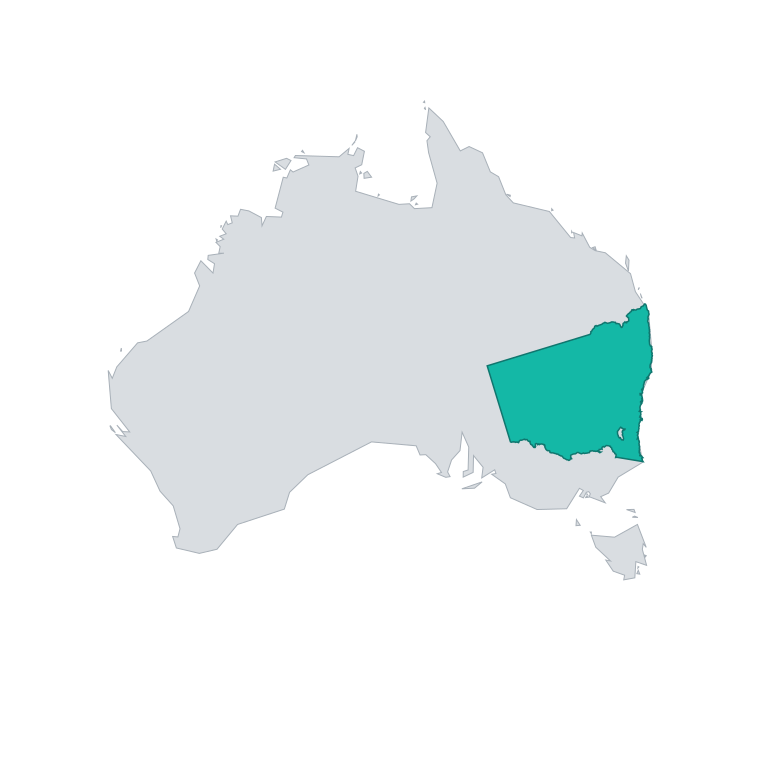 location of New South Wales within Australia, rotated 343°
{"feature_id": "AUS-2654", "entity_name": "New South Wales", "entity_type": "State", "adm_level": 1, "iso_a3": "AUS", "parent_name": "Australia", "parent_adm1": "", "projection": "mercator", "projection_center": [149.115, -32.83], "detail": "fine", "context": "in_parent", "style": "filled", "palette": "teal", "viewbox_px": 768, "rotation_deg": 343, "n_neighbors": 0, "source": "natural_earth", "source_scale": "10m", "svg_char_len": 9808}
<svg xmlns="http://www.w3.org/2000/svg" viewBox="0 0 768 768"><g transform="rotate(343 384 384)"><path d="M517.4,150.3L525.1,183.4L534.8,181.8L545.8,191.7L547.7,212.2L554.2,219.3L555.8,238.6L560.6,248.6L592.6,267.4L605.3,298.5L609.0,300.1L609.6,294.6L616.6,300.2L617.7,297.5L620.7,313.4L624.9,318.2L634.0,323.2L652.0,350.6L651.4,369.2L658.1,391.7L649.0,434.8L642.6,450.7L626.7,469.1L612.0,506.0L608.4,534.5L580.7,541.5L566.9,554.0L558.3,555.1L560.8,562.3L547.3,551.8L549.2,549.3L548.3,546.8L545.9,546.7L541.4,551.2L538.1,548.4L543.5,544.1L540.4,540.9L522.2,556.7L493.7,548.8L471.6,529.7L470.8,515.0L460.6,501.8L464.9,502.3L464.8,498.4L450.0,502.4L454.4,492.6L448.7,478.6L443.4,494.6L432.5,496.2L434.2,490.9L439.3,490.8L446.6,469.1L444.6,452.9L437.2,469.9L426.4,476.4L419.1,486.7L420.1,491.9L415.8,491.3L408.7,485.4L413.1,485.4L410.0,475.2L403.3,463.8L397.7,462.4L396.7,452.5L355.1,435.7L284.6,448.5L262.0,460.0L252.1,474.5L202.9,475.5L176.0,493.2L157.9,492.0L137.5,480.1L137.3,468.0L142.2,470.0L146.6,462.8L146.8,438.9L138.5,421.0L135.5,399.0L112.9,353.9L121.7,358.7L116.5,345.2L120.2,353.1L126.8,355.5L116.1,327.8L124.2,290.4L125.8,299.1L133.5,289.5L160.4,272.6L169.8,273.6L218.3,257.5L236.4,236.3L235.3,222.5L244.9,212.6L252.9,227.9L257.1,219.4L251.9,213.4L253.5,209.6L269.2,212.1L264.2,210.7L267.5,204.7L264.7,199.4L273.1,198.7L270.1,194.7L277.0,194.2L274.6,188.5L280.7,182.1L281.2,185.9L286.0,185.5L286.4,178.3L293.4,180.8L297.9,175.0L305.4,179.0L315.4,189.0L313.6,197.1L320.5,189.4L334.7,194.4L337.6,190.1L331.3,184.0L348.1,156.8L351.3,158.6L357.1,151.8L359.0,154.7L376.2,152.6L375.7,146.1L364.2,141.3L366.1,139.6L407.5,153.6L419.5,148.5L416.6,153.8L421.7,156.7L427.8,150.3L433.3,155.7L426.8,167.8L419.6,168.9L419.9,177.7L413.2,191.4L450.8,216.6L461.1,219.1L464.4,225.2L481.4,229.4L493.5,207.5L494.3,175.8L496.2,163.9L500.5,161.1L497.3,155.7L507.6,133.1L517.4,150.3ZM538.1,589.2L559.7,597.9L585.3,592.4L587.0,616.9L585.2,612.5L582.7,617.7L582.1,634.2L572.9,627.5L567.2,642.7L556.0,641.4L558.2,637.2L548.5,630.0L544.6,617.2L548.9,619.5L538.8,602.0L538.1,589.2ZM344.8,139.8L356.8,139.7L360.4,143.1L352.5,149.9L344.8,139.8ZM427.8,507.0L449.2,506.3L440.1,510.1L427.8,507.0ZM430.2,175.8L432.6,182.6L425.1,181.5L426.3,176.7L430.2,175.8ZM650.8,347.4L650.3,339.1L653.2,332.2L654.5,337.2L650.8,347.4ZM579.2,575.0L586.4,577.0L586.6,580.3L579.2,575.0ZM343.6,141.8L347.8,148.4L340.2,148.0L343.6,141.8ZM530.3,576.5L526.2,575.6L528.4,569.9L530.3,576.5ZM470.4,213.7L466.8,215.8L463.2,216.9L465.0,213.1L470.4,213.7ZM112.9,352.0L110.0,347.9L109.7,344.1L110.2,344.0L112.9,352.0ZM585.0,583.6L587.8,585.9L582.5,584.0L585.0,583.6ZM623.3,314.5L626.0,314.5L626.0,318.1L623.3,314.5ZM556.7,238.3L560.0,240.4L559.4,241.6L556.7,238.3ZM572.7,636.5L573.0,640.6L570.3,639.3L572.7,636.5ZM655.6,372.4L655.9,377.0L655.5,376.9L655.6,372.4ZM375.1,139.5L373.1,137.6L374.4,136.7L375.1,139.5ZM430.6,139.8L427.7,143.2L431.1,137.3L430.6,139.8ZM656.1,366.8L654.7,368.3L655.6,366.7L656.1,366.8ZM434.9,201.8L433.3,202.5L434.2,200.8L434.9,201.8ZM424.3,175.7L422.2,176.0L423.5,173.9L424.3,175.7ZM143.3,272.8L142.6,275.7L141.7,275.5L143.3,272.8ZM504.1,131.5L504.0,133.9L503.2,132.2L504.1,131.5ZM545.9,548.0L546.4,549.8L545.7,549.3L545.9,548.0ZM426.9,144.1L423.0,146.4L427.0,143.5L426.9,144.1ZM274.9,185.2L273.5,186.8L274.4,184.9L274.9,185.2ZM574.2,633.5L572.9,634.3L573.6,632.8L574.2,633.5ZM468.7,221.9L466.5,221.8L467.7,220.4L468.7,221.9ZM266.9,197.5L265.8,198.4L265.8,196.2L266.9,197.5ZM584.6,624.9L582.8,626.1L583.3,623.8L584.6,624.9ZM505.5,125.3L505.2,126.9L504.1,126.1L505.5,125.3ZM544.8,550.4L546.7,552.1L543.6,551.6L544.8,550.4ZM596.5,267.2L595.0,267.3L595.6,265.4L596.5,267.2ZM608.4,294.3L607.6,294.3L608.1,292.8L608.4,294.3ZM539.0,586.2L538.5,587.7L538.0,585.9L539.0,586.2Z" fill="#d9dde1" stroke="#a8b0b8" stroke-width="1"/><path d="M656.6,383.7L657.0,384.1L657.4,384.1L657.7,385.5L657.4,389.2L657.5,390.5L658.3,391.6L658.1,392.6L657.9,393.1L657.9,394.7L656.2,396.8L655.7,398.1L655.8,399.1L655.4,399.3L654.5,401.1L654.4,401.8L654.8,402.9L654.6,403.3L654.7,404.0L654.2,405.7L654.1,407.6L653.7,408.7L653.8,409.6L653.5,410.0L653.3,411.4L652.5,412.6L652.5,414.3L652.3,415.0L651.6,416.3L651.8,416.7L651.6,417.3L650.4,420.0L649.6,423.7L649.8,424.0L649.8,425.3L650.2,426.1L650.5,426.2L650.8,426.1L651.0,426.8L650.4,427.8L650.3,428.4L650.6,428.7L650.6,429.1L649.5,430.5L649.2,431.7L649.5,433.0L648.7,434.1L648.7,434.5L649.0,435.2L648.9,435.5L647.7,436.9L647.8,437.4L647.6,437.8L647.7,438.1L646.9,439.0L647.1,439.5L646.3,440.4L646.2,441.0L646.4,441.2L644.5,442.9L643.7,444.4L643.8,444.9L643.4,445.3L643.2,446.3L644.0,447.2L643.4,448.2L643.4,448.7L643.8,448.8L643.3,450.3L643.6,450.8L641.7,451.5L640.3,452.7L640.1,453.1L639.5,453.4L638.9,454.1L638.8,454.4L639.3,454.9L638.1,454.3L637.1,454.9L637.5,455.2L638.9,455.3L638.8,456.0L638.3,456.0L637.8,456.4L637.1,456.3L636.1,456.5L634.6,457.2L633.6,458.0L633.6,458.4L632.8,459.3L632.7,460.0L631.9,460.7L631.3,462.8L630.5,463.6L630.5,464.4L629.8,465.0L630.1,464.2L629.8,463.9L628.9,464.6L629.1,465.0L628.8,465.1L628.9,465.4L629.2,465.6L629.5,465.2L629.6,465.5L628.8,466.7L628.8,467.6L628.6,467.7L628.5,468.2L627.7,468.3L626.6,468.8L626.4,468.8L626.1,468.1L625.9,468.3L626.0,469.0L625.9,469.5L626.2,469.5L626.6,469.0L626.8,468.9L627.0,469.1L626.8,470.2L627.2,469.3L627.4,469.7L627.0,470.9L626.9,471.4L627.1,471.8L626.9,473.0L626.4,473.1L626.1,473.5L626.2,473.8L626.4,473.9L626.7,473.5L626.8,473.8L626.5,474.9L626.6,475.1L626.2,475.9L625.5,475.2L625.3,475.3L625.0,475.9L624.2,475.9L624.1,476.1L624.7,476.4L625.0,476.2L625.9,476.3L625.9,476.5L625.0,476.8L624.6,477.2L625.2,477.3L625.1,477.7L623.2,479.2L622.4,480.2L621.8,481.3L621.8,481.8L621.5,483.2L621.7,483.8L621.1,484.8L620.9,484.7L620.9,484.3L620.7,484.2L620.1,484.8L621.7,485.7L621.2,485.8L621.1,486.1L620.6,488.7L619.8,489.1L619.5,489.9L619.1,490.2L619.8,490.6L619.4,490.9L619.9,491.3L619.8,492.0L620.1,492.3L620.8,492.5L620.7,493.5L620.2,494.1L619.8,493.5L620.0,493.1L619.9,492.5L619.7,492.4L618.7,492.7L618.5,493.5L618.8,494.2L617.9,494.6L617.6,495.3L616.8,495.8L616.6,496.3L616.1,497.0L615.9,497.6L616.0,498.4L614.9,500.0L614.8,501.3L614.3,501.8L613.3,504.2L613.0,504.3L612.5,504.0L611.9,504.3L612.3,504.7L612.5,506.0L611.9,506.4L611.3,507.1L611.5,508.1L611.3,509.9L610.8,509.6L610.4,510.2L610.7,510.1L611.3,510.7L611.0,511.7L611.3,513.0L611.3,513.4L611.1,513.5L611.2,514.2L610.3,515.6L610.3,516.6L610.0,517.2L610.2,518.3L609.3,520.3L609.1,521.7L608.4,522.7L608.5,523.1L608.1,524.0L608.0,524.4L608.6,524.8L608.3,525.6L608.5,526.6L608.4,526.8L608.3,526.6L607.7,527.2L607.9,527.6L608.6,527.6L609.3,528.1L609.6,529.3L610.0,530.1L609.1,530.0L608.7,530.4L608.9,531.3L608.7,532.6L609.1,534.0L585.3,522.2L584.0,522.0L585.1,520.1L585.3,519.1L585.0,518.6L584.4,518.2L584.4,517.2L584.1,516.5L583.3,515.7L583.2,515.3L583.4,514.5L582.8,512.8L583.0,511.7L582.2,510.7L582.3,509.8L581.6,509.5L581.1,508.9L578.5,507.8L576.4,508.7L576.1,508.7L575.9,508.1L575.4,507.9L574.4,508.1L574.0,508.5L573.7,508.9L573.5,510.1L573.0,509.7L571.4,509.9L570.7,509.5L569.9,510.5L570.1,511.6L570.5,512.1L571.5,512.5L570.3,512.8L569.4,511.7L569.5,510.6L568.9,510.3L568.5,510.4L568.3,510.8L567.2,510.3L566.8,510.4L566.4,510.0L565.8,509.9L565.6,509.6L564.7,509.5L563.8,508.7L562.7,508.7L562.2,508.4L561.8,508.6L561.2,508.5L560.4,509.7L558.7,509.4L558.4,509.5L556.2,509.1L555.2,509.0L554.6,508.3L552.5,508.5L551.9,508.2L549.6,506.2L548.6,506.0L547.0,506.7L546.4,506.7L544.8,506.3L542.0,506.6L541.5,507.1L541.4,508.0L541.0,508.9L541.6,509.8L541.7,510.2L541.6,510.4L540.4,510.1L539.4,511.0L538.4,511.1L537.6,510.2L536.6,509.9L535.1,508.1L534.5,507.9L534.1,507.4L533.2,505.1L532.8,504.7L532.2,504.6L531.3,503.6L530.9,503.5L529.8,501.9L528.4,501.4L528.2,500.9L527.1,500.4L525.4,499.2L523.7,498.7L522.8,498.1L522.7,497.7L522.9,497.3L522.8,496.4L522.3,496.0L521.1,495.7L520.6,495.3L519.8,494.0L519.4,491.6L519.6,491.0L519.5,490.4L519.8,490.1L519.8,489.1L519.4,488.7L518.8,488.8L518.6,488.2L516.9,487.3L515.6,487.2L514.9,486.8L514.7,487.2L514.1,486.6L513.3,487.0L513.0,486.0L512.1,485.4L511.2,485.7L510.8,487.1L510.8,487.8L510.0,487.9L510.1,488.8L509.9,488.9L508.8,488.5L508.5,488.1L508.5,487.6L507.8,486.2L507.8,485.7L506.7,484.6L506.5,482.8L506.9,481.7L506.8,481.4L506.1,481.5L505.6,481.1L504.9,480.3L504.6,479.0L504.2,479.0L503.5,478.5L502.7,478.7L502.1,477.8L499.3,478.0L498.1,477.6L497.5,477.7L496.5,478.3L495.6,479.4L495.3,479.4L494.9,478.7L494.2,478.6L493.3,478.1L492.4,478.2L492.1,477.7L491.2,477.1L490.5,477.3L489.8,476.9L488.6,476.9L488.0,476.2L488.0,396.8L595.5,396.8L596.7,395.8L597.1,394.4L598.3,394.0L599.4,392.8L601.5,391.9L602.4,390.4L603.9,390.1L604.2,390.7L605.2,390.8L605.3,391.0L606.1,390.7L609.6,390.6L611.5,389.9L612.8,389.9L613.3,389.6L615.4,391.3L617.7,391.5L620.0,391.2L621.9,392.0L622.5,392.5L623.4,392.7L623.6,394.1L625.0,394.4L626.7,395.5L627.0,396.8L627.1,398.3L627.4,398.7L627.5,399.3L627.9,399.4L628.5,399.2L629.3,398.1L629.8,397.7L629.9,396.9L630.4,396.0L631.6,395.6L632.6,395.0L633.1,396.0L633.9,396.4L634.4,395.5L635.3,395.6L636.5,395.2L636.9,393.8L637.0,392.7L637.2,392.2L636.3,391.1L636.1,390.4L635.7,390.0L635.8,389.7L638.5,388.1L639.4,388.1L640.2,387.3L641.5,387.0L641.9,386.8L642.1,386.1L642.9,385.5L643.4,385.7L643.6,386.3L643.9,386.5L644.3,386.4L644.6,385.9L645.1,386.3L646.4,386.9L647.1,386.8L648.0,386.4L649.0,386.6L651.2,386.8L652.0,386.0L652.4,385.4L654.2,385.1L654.6,385.2L656.6,383.7ZM600.6,498.2L601.0,498.0L601.3,497.6L599.2,496.6L599.1,496.1L598.5,495.8L598.3,495.1L597.6,494.5L593.3,497.7L592.7,500.4L592.9,501.8L592.8,503.0L593.0,503.4L593.1,504.0L593.6,504.6L593.8,504.7L594.1,504.3L594.3,504.4L594.6,506.1L594.9,506.8L596.4,507.5L597.1,506.5L597.3,504.1L597.0,502.3L597.2,502.0L597.5,501.9L597.9,500.8L597.7,500.1L597.8,499.4L598.5,498.4L599.0,498.6L599.6,498.0L600.6,498.2Z" fill="#14b8a6" stroke="#0f766e" stroke-width="1.5"/></g></svg>